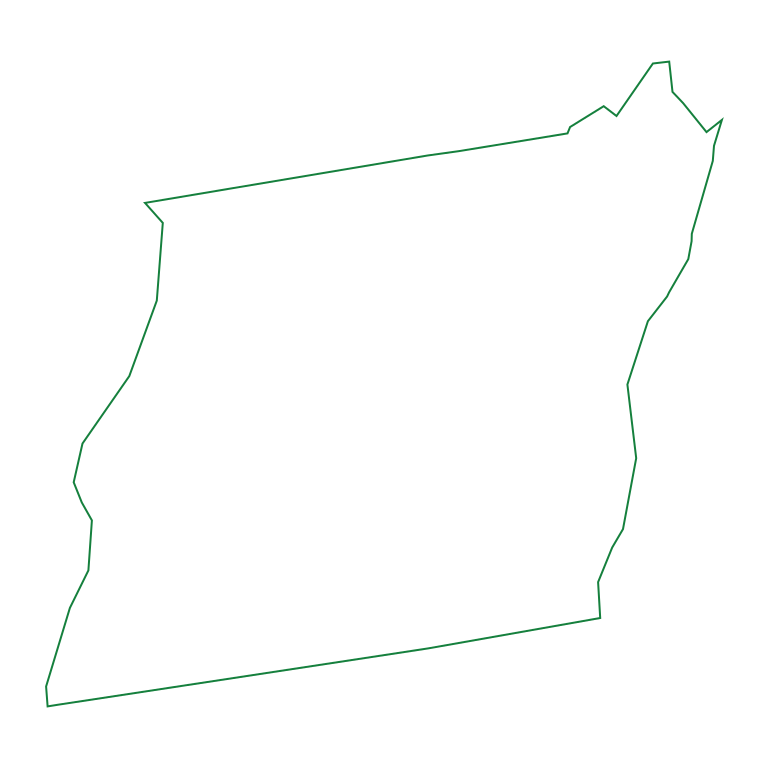 outline of Albany, New York, United States of America
{"feature_id": "52423323B67077901806593", "entity_name": "Albany", "entity_type": "district", "adm_level": 2, "iso_a3": "USA", "parent_name": "United States of America", "parent_adm1": "New York", "projection": "albers", "projection_center": [-73.917, 42.614], "detail": "fine", "context": "isolated", "style": "outline", "palette": "green", "viewbox_px": 768, "rotation_deg": 0, "n_neighbors": 0, "source": "geoboundaries", "source_scale": "gbopen_adm2", "svg_char_len": 631}
<svg xmlns="http://www.w3.org/2000/svg" viewBox="0 0 768 768"><path d="M145.0,202.9L162.8,222.9L156.8,300.6L129.3,376.1L82.5,443.5L73.7,482.3L81.8,502.5L91.9,520.4L88.4,570.4L69.9,607.9L46.1,686.5L47.6,706.4L58.2,704.7L428.1,648.4L600.2,618.0L598.1,582.1L612.2,547.5L623.0,529.1L636.2,458.2L627.4,384.5L627.6,383.9L647.9,321.2L667.1,296.5L669.1,292.3L688.3,259.1L691.6,241.2L691.8,233.8L712.8,160.9L714.0,145.8L721.9,119.9L706.5,132.1L683.1,103.1L672.5,91.9L669.2,61.6L652.9,63.5L616.5,116.0L603.7,106.2L570.1,127.0L567.5,133.4L458.5,151.2L427.6,155.5L229.6,188.7L145.0,202.9Z" fill="none" stroke="#15803d" stroke-width="2"/></svg>